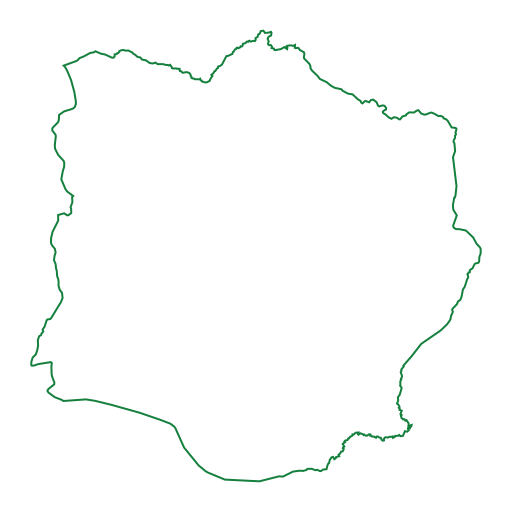 Phnum Sruoch, Kâmpóng Spœ, Cambodia
{"feature_id": "14789045B53817088331996", "entity_name": "Phnum Sruoch", "entity_type": "district", "adm_level": 2, "iso_a3": "KHM", "parent_name": "Cambodia", "parent_adm1": "Kâmpóng Spœ", "projection": "albers", "projection_center": [104.255, 11.311], "detail": "fine", "context": "isolated", "style": "outline", "palette": "green", "viewbox_px": 512, "rotation_deg": 0, "n_neighbors": 0, "source": "geoboundaries", "source_scale": "gbopen_adm2", "svg_char_len": 5863}
<svg xmlns="http://www.w3.org/2000/svg" viewBox="0 0 512 512"><path d="M479.8,247.2L476.6,243.8L473.2,237.5L465.9,230.5L459.6,229.2L456.0,229.1L453.7,227.7L453.1,225.8L456.8,215.4L453.3,209.7L452.9,205.3L454.2,197.7L454.9,197.5L455.5,195.4L456.5,186.1L453.0,157.2L455.1,151.1L454.4,143.2L453.6,142.1L453.6,140.6L455.0,137.9L455.1,135.5L456.0,134.4L455.5,132.8L456.5,128.9L455.7,128.0L451.6,127.4L447.7,120.7L445.9,119.1L443.7,118.4L443.1,117.1L442.1,116.4L440.1,115.9L438.4,116.1L434.7,113.9L431.6,112.6L430.4,112.7L425.9,114.5L424.2,114.6L421.2,113.5L418.4,110.2L416.8,110.6L414.0,112.5L409.2,112.4L406.4,114.3L406.0,115.4L402.5,116.4L400.2,119.3L399.0,119.3L397.5,118.1L395.7,117.4L393.8,117.3L391.4,118.8L388.7,117.4L385.3,114.3L383.2,113.1L382.8,112.1L383.4,110.9L386.1,109.4L386.1,107.9L384.5,105.8L382.7,105.4L379.1,106.4L378.1,105.7L376.5,102.1L373.1,99.6L370.9,100.1L369.1,102.3L365.8,101.0L364.8,101.2L362.5,103.4L361.2,102.6L360.6,101.0L357.9,99.3L352.6,94.4L347.9,93.6L342.5,90.7L341.5,89.3L334.7,87.8L330.9,85.7L326.7,82.2L319.8,78.9L317.7,76.0L312.1,70.7L310.4,68.0L310.5,66.5L309.6,64.1L304.1,58.4L303.9,57.0L304.4,54.0L303.9,52.2L299.8,50.0L298.5,48.0L297.9,47.8L295.6,48.2L294.8,47.8L295.0,45.0L293.0,45.9L290.8,45.3L287.0,45.8L286.5,46.3L287.4,47.7L287.1,49.1L284.3,47.1L280.9,49.1L275.3,50.1L274.4,49.9L274.0,48.6L271.6,48.1L272.0,46.7L270.9,45.1L269.3,45.2L268.2,44.5L268.0,43.8L268.7,41.4L267.7,39.0L267.9,37.8L269.1,36.4L271.1,35.5L271.5,32.8L270.9,31.8L268.8,32.6L265.0,32.9L263.4,30.7L260.8,31.1L259.5,34.0L258.2,34.4L257.6,36.9L255.5,38.1L255.7,39.9L254.9,41.1L253.5,40.8L250.5,41.6L249.4,40.7L248.3,41.2L248.0,41.9L246.7,41.7L245.3,43.2L242.9,43.8L242.6,45.7L241.8,46.5L240.6,46.3L240.1,47.4L238.4,48.2L237.4,47.6L236.6,47.9L236.4,48.8L235.0,49.4L233.6,51.7L232.9,52.0L232.4,53.9L228.0,55.9L226.4,56.1L221.9,64.7L219.6,66.2L218.2,66.5L218.0,67.9L217.0,68.5L215.2,71.1L214.5,71.2L213.4,73.2L211.4,74.9L212.4,75.9L210.2,79.3L209.7,80.9L206.8,82.3L205.1,82.4L201.9,81.4L201.7,80.6L200.7,80.3L200.1,78.8L199.6,79.3L194.7,79.2L194.0,78.6L192.5,78.4L191.6,78.0L191.6,77.1L190.8,76.5L190.7,75.0L189.3,72.9L186.5,72.1L182.7,72.8L181.5,71.6L180.1,71.1L180.3,70.6L179.2,69.6L179.4,68.8L176.6,68.7L176.1,68.3L173.5,68.6L171.9,68.1L171.7,67.0L170.1,64.8L168.7,65.5L167.8,64.9L166.0,65.0L163.1,64.1L157.5,64.1L155.6,62.6L152.8,63.5L149.6,63.0L146.1,60.4L141.9,59.5L140.4,57.5L137.5,56.9L135.1,54.7L133.3,53.8L132.2,52.4L128.2,50.5L125.5,50.7L123.9,50.0L121.4,50.2L119.3,51.1L119.2,52.1L118.2,53.0L117.2,53.2L116.7,54.1L114.6,54.4L114.7,56.2L113.7,57.6L112.0,57.7L105.1,54.5L101.0,53.7L95.4,51.3L93.7,52.4L90.3,52.9L83.8,56.4L79.4,58.2L77.9,60.0L76.4,61.0L63.7,65.6L65.3,67.3L67.5,71.5L71.1,80.2L74.3,91.9L75.8,101.0L75.9,104.0L74.7,107.2L72.5,108.8L64.1,111.4L59.1,114.9L58.8,120.2L58.0,122.3L52.9,127.5L52.3,128.6L52.3,130.5L55.6,134.8L55.8,136.3L54.8,145.0L55.0,148.3L55.7,150.1L58.2,154.9L63.7,161.0L64.3,163.1L64.1,166.9L62.7,171.6L61.3,179.4L65.6,189.4L67.3,191.6L73.2,196.0L72.1,197.1L72.4,202.3L70.6,207.0L71.2,209.2L71.2,213.1L68.4,215.2L67.1,215.3L64.2,213.3L58.1,215.0L58.2,220.6L52.6,231.8L51.1,238.0L51.0,242.9L51.9,245.1L54.9,248.9L55.6,252.5L54.5,256.1L54.0,260.3L55.6,264.0L56.1,268.8L56.7,270.4L57.2,276.4L58.2,278.9L58.6,281.8L58.5,285.5L59.7,289.8L62.0,292.8L62.6,298.0L61.0,302.0L51.2,318.0L50.3,319.0L47.3,319.5L46.5,320.7L44.6,326.6L42.6,329.6L43.3,331.5L41.6,333.4L41.1,335.0L39.1,336.3L37.8,340.2L38.1,345.6L37.1,350.8L35.7,354.6L32.7,357.5L31.3,362.0L31.3,365.0L31.9,365.7L33.7,365.6L38.3,364.1L50.9,362.1L51.8,363.0L51.4,366.5L51.6,373.7L52.1,376.5L54.4,382.6L54.1,384.5L48.4,389.0L47.4,390.8L48.5,392.6L54.8,397.2L61.8,399.9L63.3,401.0L85.9,399.4L94.9,400.8L111.3,404.8L139.5,412.7L160.5,419.9L170.4,423.7L174.2,426.6L175.4,428.2L184.1,447.6L198.6,465.4L205.6,471.2L208.0,472.6L224.9,479.6L259.4,481.3L279.2,476.3L282.9,476.6L293.0,471.6L299.5,470.7L303.1,470.9L306.4,470.0L307.3,468.9L311.7,468.8L315.4,470.2L317.3,469.8L319.7,471.0L320.8,471.1L323.3,469.5L326.5,469.2L327.4,465.6L328.3,463.5L329.1,463.1L329.7,460.0L331.5,457.4L333.0,456.9L334.3,459.2L335.7,458.3L336.0,457.1L339.2,456.2L338.6,454.7L339.9,453.8L341.0,451.7L342.6,451.4L343.7,449.4L343.6,448.6L342.8,448.2L343.0,447.4L344.3,446.6L342.7,443.9L345.0,442.2L344.4,441.5L345.2,440.6L347.5,440.0L348.3,438.4L349.2,438.3L349.9,436.9L352.1,435.8L352.8,435.0L352.6,434.4L354.1,434.3L355.5,432.7L358.4,432.5L357.9,433.9L358.4,434.7L360.4,433.3L363.1,434.3L363.5,435.0L364.3,434.6L365.7,435.7L367.3,435.6L368.7,434.4L370.2,434.4L370.2,435.7L371.3,435.6L372.0,436.6L374.1,436.6L376.0,437.8L376.6,436.6L377.9,436.5L379.6,437.7L380.9,437.9L381.5,439.6L382.7,440.7L384.0,440.4L383.9,438.9L384.8,437.6L386.0,437.2L387.8,437.6L389.4,436.8L391.0,436.9L392.7,436.4L393.0,437.8L394.8,436.9L395.2,435.9L397.9,435.9L399.1,434.9L400.5,436.2L403.0,435.8L404.9,431.2L407.0,431.7L408.7,430.4L407.9,428.7L408.5,427.7L409.8,428.4L410.4,427.1L411.3,426.3L411.6,425.0L408.4,426.1L408.7,424.0L408.4,422.9L406.4,420.1L405.4,420.7L404.5,419.3L403.1,419.4L403.0,418.9L401.6,418.2L400.8,415.2L401.5,414.9L400.5,413.8L401.7,410.7L399.7,410.0L399.9,409.3L398.9,407.9L399.5,407.6L399.5,406.7L398.3,404.6L397.0,403.5L398.2,400.5L397.9,397.3L399.7,394.8L401.5,388.6L401.4,387.3L400.1,385.7L400.4,385.1L400.3,381.3L401.2,379.8L400.8,378.9L401.7,377.7L402.1,376.0L400.7,372.3L401.5,370.8L401.2,370.0L401.5,369.2L403.8,366.4L403.4,365.6L411.7,356.1L421.3,343.8L440.6,330.5L446.7,324.7L449.0,321.7L450.4,319.4L451.2,315.4L452.6,312.6L452.8,311.4L452.1,310.0L452.6,308.7L456.9,304.2L458.0,301.4L460.3,299.9L461.6,296.6L462.9,289.6L464.8,286.6L467.1,279.4L468.1,277.6L468.2,276.5L467.4,274.1L468.4,273.2L468.5,272.5L469.8,272.1L469.9,270.1L472.5,268.3L474.5,264.3L475.4,263.5L478.5,262.7L479.1,261.6L479.4,256.8L480.6,253.7L480.7,248.9L479.8,247.2Z" fill="none" stroke="#15803d" stroke-width="2"/></svg>